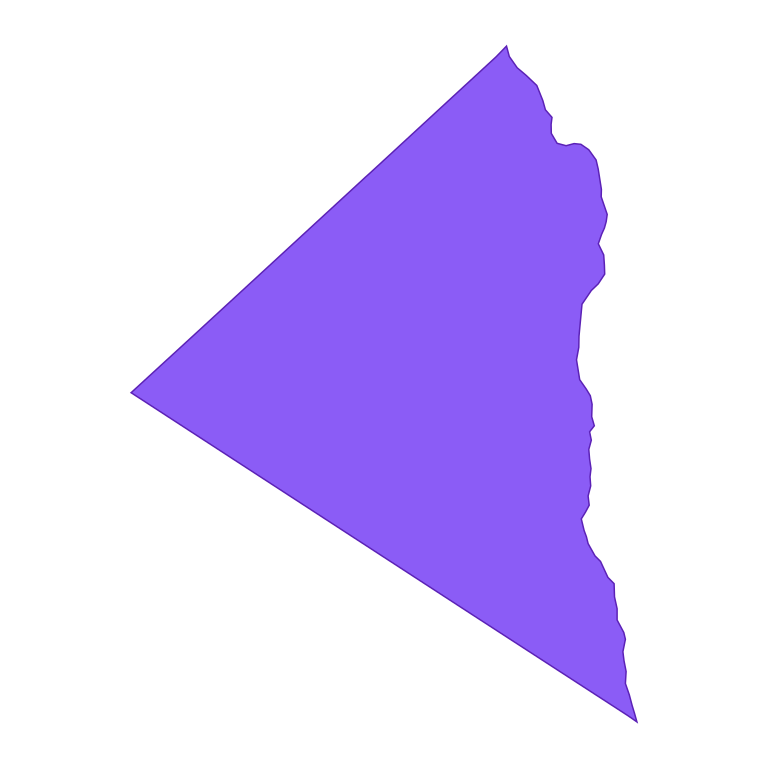 Afonso Cunha, Maranhão, Brazil
{"feature_id": "56859067B15383644969550", "entity_name": "Afonso Cunha", "entity_type": "district", "adm_level": 2, "iso_a3": "BRA", "parent_name": "Brazil", "parent_adm1": "Maranhão", "projection": "albers", "projection_center": [-43.24, -4.219], "detail": "fine", "context": "isolated", "style": "filled", "palette": "violet", "viewbox_px": 768, "rotation_deg": 0, "n_neighbors": 0, "source": "geoboundaries", "source_scale": "gbopen_adm2", "svg_char_len": 1086}
<svg xmlns="http://www.w3.org/2000/svg" viewBox="0 0 768 768"><path d="M636.9,721.9L634.7,714.0L632.1,705.4L629.3,694.8L625.4,683.5L626.1,671.5L624.0,660.7L622.9,651.7L625.4,639.3L623.8,632.5L617.1,620.0L617.1,608.7L614.5,596.9L614.1,583.7L607.9,577.4L604.8,570.7L600.5,561.4L595.0,555.9L588.1,543.6L586.4,536.7L584.1,530.5L581.3,518.9L585.5,512.1L589.2,505.2L588.1,496.0L590.7,485.9L590.0,476.8L591.0,468.6L589.6,459.1L588.8,449.4L591.3,440.2L589.6,431.8L594.3,425.8L591.7,416.7L592.1,404.3L590.3,395.7L586.2,389.0L579.7,379.7L576.5,359.8L578.8,347.3L579.0,336.2L582.0,304.2L591.3,290.5L598.2,283.9L604.7,274.1L604.4,265.1L603.7,254.9L598.3,243.8L601.6,234.3L604.4,228.1L606.2,221.6L607.2,214.4L601.2,196.8L601.4,189.4L598.2,169.0L596.1,160.0L588.8,149.8L580.9,144.3L574.1,143.6L566.1,145.7L557.1,143.3L551.3,133.4L551.1,124.4L552.0,117.4L545.4,109.8L542.8,100.5L536.8,85.5L526.3,75.5L517.2,67.8L509.3,56.5L506.5,46.1L495.9,57.0L370.5,172.6L365.7,176.9L356.6,185.3L196.2,333.0L131.1,392.7L472.8,615.0L627.5,715.4L636.9,721.9Z" fill="#8b5cf6" stroke="#5b21b6" stroke-width="1.5"/></svg>